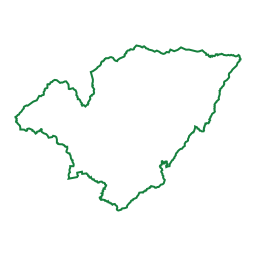 the district of Tha Pla, Uttaradit, Thailand
{"feature_id": "78962969B89891348758584", "entity_name": "Tha Pla", "entity_type": "district", "adm_level": 2, "iso_a3": "THA", "parent_name": "Thailand", "parent_adm1": "Uttaradit", "projection": "albers", "projection_center": [100.444, 17.83], "detail": "fine", "context": "isolated", "style": "outline", "palette": "green", "viewbox_px": 256, "rotation_deg": 0, "n_neighbors": 0, "source": "geoboundaries", "source_scale": "gbopen_adm2", "svg_char_len": 5752}
<svg xmlns="http://www.w3.org/2000/svg" viewBox="0 0 256 256"><path d="M15.4,117.0L15.6,117.7L16.2,117.9L16.8,118.8L16.4,119.5L16.8,120.6L16.0,121.2L16.2,122.1L17.3,122.7L17.5,123.4L19.8,125.6L20.3,127.6L20.3,129.5L24.1,129.6L26.1,130.9L27.1,130.5L27.3,128.9L29.1,128.5L32.4,129.9L32.3,130.7L34.2,131.6L35.6,133.6L36.6,133.0L37.1,131.7L39.3,131.2L39.5,130.5L40.4,130.1L41.0,129.1L41.5,129.1L41.8,129.8L41.2,131.0L41.9,132.0L43.8,133.3L46.2,134.1L47.6,135.6L48.6,137.7L52.2,137.1L53.1,135.8L55.4,136.4L56.3,137.2L56.9,139.4L56.9,142.8L57.9,143.2L57.9,143.8L59.0,144.2L62.6,144.3L63.3,145.0L64.2,145.2L64.8,146.3L65.5,146.3L66.1,147.0L67.2,146.8L67.3,148.8L66.4,151.2L66.5,152.0L68.5,153.3L69.6,153.4L69.8,154.5L70.5,155.4L71.0,158.7L71.7,159.4L71.8,160.1L72.7,160.4L72.4,161.8L73.5,163.6L73.7,165.1L73.4,166.2L70.2,166.1L70.2,167.9L69.5,169.5L69.5,170.9L70.0,172.3L69.1,173.2L68.7,174.4L68.6,175.4L69.1,177.2L68.6,178.7L77.1,177.1L78.0,175.7L77.4,174.6L77.2,172.7L81.9,171.7L82.2,173.9L86.5,173.4L86.8,174.0L87.6,174.4L88.2,175.9L88.7,175.8L89.1,176.4L89.4,177.5L90.1,177.7L91.0,177.1L91.2,178.0L92.5,179.5L93.8,179.3L94.2,180.3L95.6,181.3L97.0,181.2L97.3,182.2L97.9,182.6L98.8,182.6L99.2,182.0L100.4,181.7L101.8,181.6L102.8,182.7L104.1,182.8L105.0,183.5L105.0,184.4L106.2,185.2L106.1,185.8L105.4,186.6L105.1,187.7L103.8,188.3L104.2,188.8L103.7,188.8L103.8,189.2L103.1,189.9L103.2,190.9L102.8,191.1L103.1,191.4L102.3,192.7L102.5,193.2L101.8,193.4L102.5,193.9L102.5,195.0L101.8,195.5L101.5,196.8L100.2,197.1L100.0,197.4L100.2,197.6L99.7,197.7L99.7,198.4L99.3,198.6L100.2,198.6L100.4,199.0L101.2,199.3L101.1,199.8L101.7,199.9L102.5,199.6L104.6,200.0L105.1,200.8L105.6,200.5L107.0,201.6L108.0,201.1L108.4,202.4L109.7,202.5L110.4,203.4L111.2,203.3L112.4,204.7L113.1,204.2L114.8,204.0L115.5,205.1L116.9,206.1L117.3,207.7L116.8,209.1L117.0,209.7L117.5,210.2L118.5,210.5L121.4,209.6L121.7,208.7L122.3,208.4L124.6,208.2L126.9,207.4L127.2,205.6L129.6,202.8L130.4,202.4L130.9,201.1L131.6,200.4L132.7,200.3L133.2,199.2L136.5,197.8L137.2,196.3L138.3,195.1L139.3,192.7L142.4,192.3L142.9,192.6L143.7,191.5L144.8,191.3L145.3,190.4L146.3,190.5L147.0,188.9L149.7,188.0L149.8,187.2L150.6,187.1L151.1,186.1L154.5,186.9L154.9,187.6L156.0,187.8L157.4,187.0L158.7,187.0L160.9,184.6L162.6,184.3L163.7,183.4L164.8,179.9L163.6,178.7L163.1,177.3L163.4,176.1L162.4,175.0L162.5,173.8L161.2,171.8L161.5,170.9L162.3,170.2L161.9,168.8L160.3,167.5L160.5,166.8L159.9,166.2L160.1,165.6L161.8,164.6L161.8,161.3L162.2,161.1L162.7,161.5L163.4,162.3L163.2,163.2L163.7,163.6L164.7,163.4L165.1,161.7L166.1,161.4L166.8,161.6L166.8,163.0L167.6,164.1L166.1,165.9L166.3,167.1L167.8,166.4L169.5,166.2L169.8,164.0L172.2,160.2L172.9,160.0L173.9,158.2L174.4,158.0L174.5,157.0L175.8,155.3L175.7,154.4L176.4,153.0L177.3,152.4L177.6,151.5L179.2,149.9L180.6,148.9L181.9,148.8L183.4,146.9L184.8,146.0L184.7,143.7L185.8,141.9L186.9,141.5L188.0,140.6L188.1,138.8L188.9,137.3L189.0,136.2L192.0,132.9L193.4,132.4L193.3,131.8L194.0,131.3L195.1,127.8L195.1,126.5L197.0,127.3L197.5,128.7L198.6,128.7L199.7,130.6L200.3,130.5L201.9,131.4L203.6,131.3L204.1,130.2L203.7,129.3L204.2,127.9L204.0,127.3L204.6,126.7L204.7,125.4L205.8,124.1L205.5,123.5L206.7,123.1L208.5,123.3L209.2,122.2L209.0,121.8L210.1,120.2L209.3,119.4L210.6,117.4L210.5,116.7L211.2,116.0L212.2,113.8L214.4,112.3L214.9,111.4L214.4,109.9L214.7,109.0L214.3,108.5L214.8,107.1L214.4,106.3L214.8,105.7L214.5,104.5L215.5,102.9L216.4,102.2L216.4,101.6L218.9,99.4L218.7,97.6L219.8,94.1L219.6,92.7L219.9,91.5L219.5,90.8L220.2,90.2L220.3,88.9L221.5,88.0L222.4,86.6L223.4,85.9L224.3,83.9L224.0,83.0L224.3,81.6L226.8,80.1L229.0,77.6L229.2,76.9L228.8,75.0L229.1,73.4L231.1,71.7L232.5,69.5L236.7,65.6L237.6,62.8L239.5,61.1L239.6,59.8L240.5,59.6L240.6,59.0L239.6,57.3L239.6,56.1L238.6,55.0L237.1,56.1L235.8,56.4L234.1,55.8L233.4,55.1L232.4,55.4L231.1,54.8L229.9,55.4L228.4,54.9L226.8,55.4L223.6,54.9L222.6,54.1L221.4,53.8L221.0,54.2L219.3,54.3L218.7,54.8L218.1,54.6L217.7,55.1L217.0,54.2L215.7,54.4L215.5,55.3L214.6,56.1L212.3,55.7L212.2,56.5L210.7,56.0L210.4,57.0L209.8,56.8L209.9,56.1L208.8,56.1L208.1,54.6L206.3,54.9L206.1,53.4L204.6,52.5L202.2,50.3L199.0,51.4L197.2,51.6L189.1,49.6L186.0,49.7L181.0,47.4L177.7,49.9L174.2,51.2L170.4,49.6L168.9,52.4L166.6,52.0L164.7,53.6L163.2,53.9L160.7,52.9L159.6,51.9L156.8,50.6L154.7,51.7L152.3,50.4L148.4,49.5L148.0,48.8L145.9,48.3L145.7,47.6L144.1,46.3L143.2,46.6L142.6,47.4L141.4,47.1L140.7,46.4L136.4,45.5L134.2,47.9L134.0,49.0L133.6,49.4L132.8,49.6L130.5,49.2L129.8,49.7L129.6,50.3L127.8,50.5L126.7,51.5L126.7,52.0L126.1,52.4L126.2,53.3L125.2,53.8L124.5,54.9L124.8,55.7L124.3,56.5L119.7,58.5L117.7,60.0L117.2,61.1L115.4,60.7L114.2,59.7L113.1,57.9L111.1,57.1L109.6,57.4L108.5,58.2L105.9,58.2L105.6,58.7L104.8,58.9L104.1,60.4L103.5,60.5L103.0,61.3L101.7,61.6L101.0,63.0L100.9,64.5L99.8,65.8L97.5,67.2L97.2,68.0L95.8,69.2L92.8,71.2L90.8,72.0L92.9,79.5L92.8,82.2L92.3,83.2L92.8,85.2L92.3,85.2L92.3,86.6L94.2,89.2L93.7,90.7L94.1,92.9L93.6,94.1L92.0,94.8L91.8,95.6L91.3,95.5L90.0,96.7L90.3,99.1L88.1,102.4L88.4,103.5L87.9,103.9L87.9,104.6L87.1,104.7L85.4,106.5L83.8,105.1L82.2,105.7L81.5,104.3L82.0,103.4L80.6,101.9L80.1,100.3L79.3,99.3L77.8,99.2L77.9,98.0L77.3,97.2L77.5,96.4L76.3,95.1L76.6,93.7L76.4,92.2L75.6,90.3L74.2,89.6L73.0,88.2L69.6,89.1L68.8,88.9L68.5,84.5L66.2,81.4L65.0,81.4L62.4,82.6L61.2,82.5L60.1,82.9L56.8,80.2L54.7,79.9L52.9,80.9L52.2,81.9L50.6,82.3L50.1,83.7L49.3,84.4L48.1,84.1L47.4,84.4L47.4,87.8L47.1,88.1L45.3,88.5L44.6,89.4L44.8,90.5L43.6,92.1L43.9,93.9L43.6,94.9L41.9,95.3L41.0,96.2L39.2,95.9L36.8,100.3L33.3,101.6L27.7,105.7L26.6,105.4L24.2,106.6L23.8,107.2L23.8,108.5L22.7,109.5L21.4,111.6L19.8,112.9L18.9,114.6L17.7,115.0L17.0,116.0L15.4,117.0Z" fill="none" stroke="#15803d" stroke-width="2"/></svg>